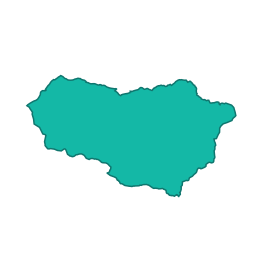 Lupsa, Alba, Romania, rotated 281°
{"feature_id": "2599482B13834137324749", "entity_name": "Lupsa", "entity_type": "district", "adm_level": 2, "iso_a3": "ROU", "parent_name": "Romania", "parent_adm1": "Alba", "projection": "orthographic", "projection_center": [23.199, 46.368], "detail": "fine", "context": "isolated", "style": "filled", "palette": "teal", "viewbox_px": 256, "rotation_deg": 281, "n_neighbors": 0, "source": "geoboundaries", "source_scale": "gbopen_adm2", "svg_char_len": 5809}
<svg xmlns="http://www.w3.org/2000/svg" viewBox="0 0 256 256"><g transform="rotate(281 128 128)"><path d="M160.7,231.5L164.0,230.1L168.3,227.9L170.2,225.3L171.1,219.3L170.9,218.9L170.7,218.6L170.2,218.1L170.3,216.8L170.4,216.2L170.1,215.0L169.7,214.5L169.6,214.3L169.3,214.0L168.4,213.9L168.6,213.3L168.9,213.0L170.2,212.5L170.2,212.3L170.6,212.1L170.6,210.4L169.7,208.5L169.2,207.9L169.0,206.7L168.7,205.9L168.6,205.5L168.3,204.8L168.3,203.9L168.6,203.5L170.6,202.0L170.4,200.9L169.8,199.8L169.9,199.3L170.3,198.5L170.5,197.8L170.1,196.9L170.3,195.8L170.3,195.2L170.4,194.8L170.5,194.4L171.1,194.1L171.4,193.7L171.7,193.5L171.7,193.1L172.0,192.5L172.1,191.9L172.7,191.3L173.5,189.2L174.6,189.1L175.0,189.2L175.2,188.7L176.4,188.3L177.5,187.9L179.6,187.8L180.2,187.5L181.1,186.7L181.0,186.4L182.0,185.6L182.6,185.3L182.7,184.2L184.6,182.1L184.7,181.7L185.7,180.5L185.7,179.7L185.0,178.9L184.4,177.9L185.1,177.3L185.3,176.7L186.1,175.9L185.7,174.6L185.6,172.8L185.6,171.1L185.4,170.7L185.2,170.3L185.3,169.7L185.2,169.5L185.1,169.0L184.8,168.7L184.6,168.1L182.6,166.0L181.9,165.6L181.1,165.2L180.6,164.8L180.1,164.2L178.1,162.6L178.9,161.1L178.2,160.3L177.5,158.7L176.4,158.2L175.9,156.7L176.6,155.1L176.2,154.1L176.1,153.4L176.3,153.0L176.3,152.3L175.5,150.8L175.3,149.8L174.1,148.1L173.7,148.0L173.5,147.8L172.9,146.8L172.3,146.5L171.9,146.1L172.0,145.8L170.5,144.9L170.1,144.9L169.4,144.4L170.0,140.8L170.4,140.2L170.5,139.5L170.3,138.8L169.7,138.0L169.1,136.8L169.2,136.4L169.9,134.9L170.2,134.2L170.2,132.9L169.3,131.8L168.1,131.1L167.4,130.3L166.8,128.9L165.7,126.7L165.3,126.1L164.5,124.8L164.7,124.6L164.3,124.0L164.3,123.6L164.5,123.2L164.4,123.2L163.8,123.3L163.4,123.2L162.9,123.1L162.8,122.6L162.2,121.7L162.1,121.4L161.7,120.9L161.7,120.6L161.4,120.1L161.5,119.9L161.3,119.4L160.4,117.3L160.2,116.7L160.0,116.4L159.6,115.7L159.4,115.3L158.4,114.7L158.6,114.2L158.7,113.5L159.2,112.5L160.3,111.4L160.8,110.7L161.4,109.5L162.0,108.0L162.6,108.4L162.8,108.6L163.1,108.4L164.0,109.3L164.2,109.2L164.3,108.5L164.0,107.9L163.9,106.6L163.9,105.6L163.8,104.7L163.8,103.2L163.8,102.1L164.0,100.9L164.1,99.9L164.7,98.2L165.2,97.3L165.3,96.7L165.2,95.6L164.7,94.1L164.7,93.8L165.3,93.3L165.3,92.7L165.1,91.7L164.6,91.4L164.5,90.0L164.7,89.3L164.7,88.8L165.0,88.0L165.1,86.6L164.7,84.7L164.4,83.6L164.3,82.8L164.6,81.1L164.9,80.3L164.9,79.8L164.9,78.6L164.9,78.1L165.4,78.1L165.7,77.9L166.0,77.1L166.3,76.8L166.5,76.3L166.6,75.8L166.6,74.4L166.7,73.6L166.8,72.9L167.1,72.4L167.4,71.9L167.4,71.5L167.3,71.1L167.3,69.4L166.5,68.0L165.8,66.4L165.1,65.5L164.6,64.6L164.0,62.7L163.7,60.6L163.8,59.4L164.4,58.2L164.6,57.5L164.5,56.8L164.9,56.0L166.0,54.3L166.1,53.8L166.4,53.0L166.6,51.9L165.5,51.0L164.7,49.9L164.1,49.6L162.2,47.7L161.7,47.4L161.2,46.4L161.3,45.7L159.6,44.2L158.6,43.6L157.6,43.1L156.9,43.0L156.5,42.8L154.9,41.9L154.5,41.5L150.5,39.7L150.5,39.9L149.6,40.2L149.2,40.2L148.8,39.5L148.3,36.8L147.4,36.1L147.0,35.7L146.4,35.4L145.5,35.4L144.5,35.5L143.7,35.5L141.2,34.7L139.1,33.8L137.7,32.5L136.3,30.2L133.7,27.2L131.7,25.2L130.6,24.5L129.5,27.2L128.2,28.2L125.3,31.2L123.2,31.3L118.8,33.6L114.0,35.1L111.7,41.1L105.9,45.5L105.7,48.0L105.1,48.8L98.6,48.7L96.0,49.8L94.9,50.0L92.3,53.1L92.4,54.5L93.0,55.9L93.2,59.7L92.5,63.1L92.8,66.9L95.0,69.1L95.4,69.8L95.3,70.4L94.9,71.0L94.2,71.5L90.6,73.7L90.2,74.8L89.4,76.3L89.4,76.6L89.4,76.9L89.5,77.2L89.2,78.6L89.4,79.4L90.0,80.5L90.7,81.2L91.6,81.9L91.9,82.3L92.0,83.1L93.1,85.0L93.2,85.4L93.7,87.1L93.7,87.6L93.3,88.3L93.3,88.6L93.4,88.8L93.3,89.2L92.5,90.6L90.3,92.8L90.1,93.8L89.7,95.9L90.8,97.1L91.2,98.3L91.3,99.4L91.1,101.3L91.5,102.1L91.2,103.6L91.4,104.2L91.4,104.5L91.1,105.4L90.7,106.1L90.1,107.4L89.5,108.1L89.2,108.8L89.1,109.9L89.5,112.8L89.0,114.8L87.0,117.6L86.7,118.4L86.4,118.4L86.1,118.7L85.6,118.8L83.8,118.7L83.5,118.5L83.2,118.2L81.9,118.2L81.4,118.1L80.5,117.3L80.2,116.9L80.0,116.3L79.8,116.2L79.6,116.3L78.9,118.0L78.6,118.5L78.5,118.8L78.2,119.2L77.9,120.4L77.9,120.9L77.7,121.7L77.4,123.9L77.2,124.4L77.1,125.1L76.7,125.9L76.5,126.3L75.8,126.6L75.5,127.0L74.8,127.4L74.7,127.6L74.8,128.3L74.6,128.5L74.1,128.9L74.1,129.0L74.1,129.4L73.9,129.6L73.5,130.0L72.9,130.3L72.2,130.9L71.9,131.5L72.1,132.5L72.1,132.9L71.9,133.5L71.2,135.2L71.0,135.9L71.1,140.1L71.3,142.2L71.3,142.9L71.5,143.4L72.2,144.8L72.3,145.1L72.2,145.5L72.5,146.1L73.4,149.9L73.7,150.2L74.0,150.4L74.2,150.7L74.2,151.7L74.3,152.0L74.9,152.9L75.4,154.0L75.9,156.2L76.1,157.1L75.9,158.1L75.9,159.0L75.3,160.6L74.6,162.0L74.5,162.6L74.2,162.9L73.7,164.4L73.7,165.0L74.0,165.8L74.2,166.8L74.3,169.1L74.1,169.8L74.7,171.9L75.2,173.3L75.1,173.5L75.1,173.8L75.0,174.3L74.7,174.7L74.7,174.9L74.6,175.8L74.0,177.3L72.6,177.7L71.7,178.1L71.2,178.8L71.2,179.7L70.9,180.3L70.3,180.8L70.2,181.3L69.9,181.7L69.9,182.2L70.0,183.2L69.9,183.3L69.9,183.7L70.2,184.1L70.1,184.5L70.2,185.7L70.0,186.0L69.9,186.6L71.7,188.3L71.4,188.6L71.7,189.2L70.8,190.3L70.5,190.9L71.7,191.3L72.2,191.7L72.8,192.0L73.3,191.9L74.1,191.6L74.5,191.1L75.0,191.5L75.7,191.6L75.9,191.7L77.7,191.9L79.8,191.6L80.5,191.2L82.0,192.1L82.8,192.1L85.5,191.7L87.7,195.2L87.6,196.1L88.1,197.3L88.7,197.6L90.1,197.7L90.9,197.9L92.9,200.4L95.2,201.8L96.5,203.0L97.9,203.7L98.8,203.8L100.2,203.9L100.8,204.1L101.7,204.5L102.0,204.8L102.1,205.0L102.3,206.6L101.9,207.2L102.3,208.2L104.3,211.0L105.6,211.9L106.7,211.5L107.0,211.5L107.7,212.0L109.1,213.3L109.7,214.0L109.9,214.6L109.7,216.6L110.2,217.7L110.8,218.3L111.4,218.5L114.1,218.3L115.1,218.8L116.1,218.8L116.8,218.5L117.0,218.4L122.0,216.9L123.4,217.3L124.5,217.2L125.5,217.0L126.1,216.7L127.8,217.4L129.2,216.8L130.2,216.3L131.1,215.6L133.6,214.5L134.5,216.8L138.8,217.8L141.2,218.7L145.5,218.0L147.8,218.9L150.3,220.7L152.2,224.1L155.2,228.6L157.0,229.0L158.2,229.7L159.2,230.6L160.7,231.5Z" fill="#14b8a6" stroke="#0f766e" stroke-width="1.5"/></g></svg>